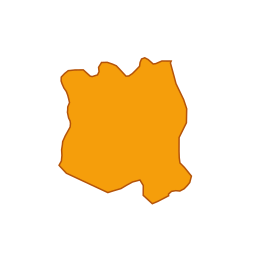 Yangsan-si, South Gyeongsang, South Korea (Robinson projection), rotated 49°
{"feature_id": "91817680B11624916188823", "entity_name": "Yangsan-si", "entity_type": "district", "adm_level": 2, "iso_a3": "KOR", "parent_name": "South Korea", "parent_adm1": "South Gyeongsang", "projection": "robinson", "projection_center": [129.018, 35.401], "detail": "fine", "context": "isolated", "style": "filled", "palette": "amber", "viewbox_px": 256, "rotation_deg": 49, "n_neighbors": 0, "source": "geoboundaries", "source_scale": "gbopen_adm2", "svg_char_len": 1132}
<svg xmlns="http://www.w3.org/2000/svg" viewBox="0 0 256 256"><g transform="rotate(49 128 128)"><path d="M105.8,51.5L99.7,58.4L97.6,64.9L96.2,67.0L89.5,67.9L86.0,69.3L84.8,72.5L86.4,75.8L89.0,78.8L89.5,84.2L89.8,89.0L89.3,93.2L87.6,95.5L77.6,95.8L73.4,96.0L69.6,97.8L64.8,100.6L61.2,105.0L62.9,110.4L66.5,112.9L67.9,116.2L65.7,121.3L64.1,122.5L54.8,123.6L49.3,130.1L45.8,135.1L45.5,135.5L45.3,140.1L45.8,145.0L48.6,147.6L51.2,148.7L55.7,150.1L60.0,150.6L63.8,152.0L67.4,153.8L70.5,155.5L72.6,159.7L74.8,161.7L76.4,163.4L81.4,166.2L84.7,167.1L86.9,168.5L89.3,171.0L92.8,180.6L94.3,183.8L95.4,186.2L97.6,188.5L100.9,192.4L103.1,194.1L105.4,195.9L109.2,199.9L110.9,204.5L113.5,204.5L121.7,204.2L127.5,201.6L163.5,185.6L165.8,180.3L169.1,173.1L170.2,166.9L171.7,160.0L175.1,153.1L181.4,154.2L188.8,160.7L201.1,159.3L202.9,153.8L205.8,141.8L204.4,140.7L204.4,136.7L206.6,133.1L209.6,130.2L210.7,125.5L210.3,120.8L209.6,117.1L205.9,111.7L194.7,111.3L188.4,111.7L184.0,108.8L179.1,104.8L168.7,95.7L162.4,80.5L152.0,71.1L143.1,67.4L126.0,62.7L120.1,59.8L106.7,53.3L105.8,51.5Z" fill="#f59e0b" stroke="#b45309" stroke-width="1.5"/></g></svg>